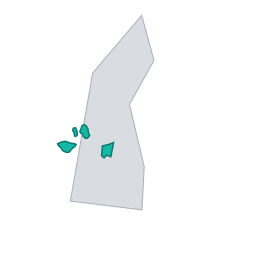 where Mont Fleuri sits in Seychelles, rotated 222°
{"feature_id": "SYC-5215", "entity_name": "Mont Fleuri", "entity_type": "state/province", "adm_level": 1, "iso_a3": "SYC", "parent_name": "Seychelles", "parent_adm1": "", "projection": "mercator", "projection_center": [55.496, -4.623], "detail": "fine", "context": "in_parent", "style": "filled", "palette": "teal", "viewbox_px": 256, "rotation_deg": 222, "n_neighbors": 0, "source": "natural_earth", "source_scale": "10m", "svg_char_len": 839}
<svg xmlns="http://www.w3.org/2000/svg" viewBox="0 0 256 256"><g transform="rotate(222 128 128)"><path d="M191.0,145.1L193.2,220.9L153.8,195.5L142.8,146.6L90.1,110.1L62.8,76.5L121.9,35.1L191.0,145.1Z" fill="#d9dde1" stroke="#a8b0b8" stroke-width="1"/><path d="M156.4,69.6L157.6,68.6L161.2,67.5L165.0,68.4L168.3,68.4L169.8,69.3L168.3,72.7L165.7,76.2L160.3,78.4L157.0,80.7L155.4,80.9L155.1,78.5L155.9,74.2L155.4,71.3L156.4,69.6ZM125.8,89.8L129.0,89.7L135.0,97.5L131.2,103.1L129.0,107.5L121.5,95.2L125.8,93.4L125.8,89.8ZM159.4,92.5L161.4,93.2L163.7,99.1L162.8,101.3L160.2,101.6L156.9,100.4L154.5,98.1L151.5,96.9L151.3,93.3L152.9,91.8L155.8,91.9L157.8,93.3L159.4,92.5ZM161.5,86.4L162.7,86.6L164.7,88.4L167.5,89.2L168.5,91.2L167.1,93.1L165.0,92.1L162.2,90.4L160.8,88.2L161.5,86.4Z" fill="#14b8a6" stroke="#0f766e" stroke-width="1.5"/></g></svg>